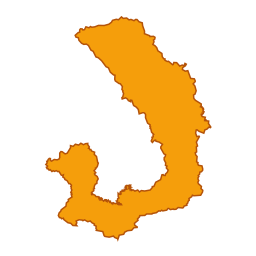 the district of Quibdó, Chocó, Colombia, rotated 269°
{"feature_id": "7082276B88455186246146", "entity_name": "Quibdó", "entity_type": "district", "adm_level": 2, "iso_a3": "COL", "parent_name": "Colombia", "parent_adm1": "Chocó", "projection": "mercator", "projection_center": [-76.757, 5.984], "detail": "fine", "context": "isolated", "style": "filled", "palette": "amber", "viewbox_px": 256, "rotation_deg": 269, "n_neighbors": 0, "source": "geoboundaries", "source_scale": "gbopen_adm2", "svg_char_len": 5711}
<svg xmlns="http://www.w3.org/2000/svg" viewBox="0 0 256 256"><g transform="rotate(269 128 128)"><path d="M113.1,85.3L112.1,83.2L113.6,80.6L111.8,78.4L112.7,75.1L110.6,72.9L111.4,70.2L109.3,70.2L103.9,66.8L103.2,64.7L105.4,61.8L105.6,60.5L104.1,59.3L99.6,59.2L98.1,58.4L97.4,56.6L97.8,53.7L96.2,51.0L96.9,49.9L98.8,49.9L99.0,48.8L97.9,47.6L96.1,47.0L96.1,46.2L94.5,46.5L92.9,45.2L91.5,46.9L90.7,46.8L90.2,45.7L88.6,46.5L88.7,47.3L87.2,48.4L87.7,49.5L85.8,51.2L86.6,52.5L85.9,53.7L86.6,55.6L85.6,57.0L85.8,58.2L82.1,60.4L81.7,61.4L82.2,62.5L80.1,62.0L78.9,63.7L77.6,64.0L76.4,66.2L73.3,68.0L73.4,69.0L71.8,70.5L70.4,69.8L70.1,70.3L68.3,70.1L67.0,70.8L64.6,69.7L64.1,70.5L63.0,70.0L62.7,70.8L61.6,70.3L60.0,70.8L57.6,67.0L55.9,67.2L54.2,65.1L50.9,64.6L47.4,59.8L46.0,59.3L44.4,57.7L41.7,56.8L39.6,57.9L39.5,59.1L38.4,60.0L38.9,61.8L37.5,62.3L34.3,66.3L33.7,69.1L31.5,71.2L31.2,75.2L32.6,74.2L34.0,75.2L35.9,74.5L37.1,77.5L36.7,80.7L36.1,81.3L36.9,82.9L35.0,86.2L35.7,88.6L33.9,90.3L32.6,92.7L31.4,92.5L30.4,94.5L28.1,94.2L27.0,94.9L26.2,94.5L24.9,101.0L20.8,102.2L20.0,103.0L19.2,107.3L20.2,111.6L18.8,112.7L17.5,115.7L16.8,115.9L21.0,117.4L21.8,121.8L23.9,122.9L25.3,125.7L25.7,129.9L28.2,132.2L28.4,135.4L28.9,135.5L30.7,133.0L32.6,132.8L35.5,136.4L36.9,135.9L39.0,138.0L40.2,138.2L40.3,143.3L41.7,145.1L41.6,150.5L42.1,150.8L42.8,154.9L44.6,157.3L44.3,158.9L45.2,160.3L44.5,161.3L45.2,165.3L46.8,166.5L46.8,167.5L45.7,168.9L46.2,172.0L45.8,172.4L45.9,174.6L47.6,176.7L47.1,181.1L47.4,181.9L49.0,182.8L49.7,185.5L50.9,185.2L51.5,186.2L53.7,186.9L54.7,188.0L56.4,187.7L58.2,190.5L59.7,191.2L59.1,192.6L59.5,199.5L62.7,201.4L64.4,201.7L66.1,199.9L68.3,200.4L71.1,197.4L72.6,196.9L74.2,197.8L75.6,197.1L77.3,197.2L78.2,198.0L79.3,197.4L80.6,198.8L82.6,199.0L83.0,200.7L84.4,201.9L85.8,202.0L88.8,201.3L89.5,197.8L90.9,197.1L92.2,197.4L93.0,196.0L98.3,196.6L99.8,195.3L102.1,194.8L102.9,196.2L107.9,196.0L108.8,197.2L112.7,196.1L118.1,199.2L118.6,198.9L118.2,196.7L121.7,195.5L124.9,196.2L125.0,197.0L123.4,199.0L121.5,203.7L124.9,204.9L125.4,206.8L127.5,209.0L126.9,210.3L127.5,210.8L131.1,208.5L133.5,208.8L134.0,205.4L134.4,205.8L134.6,205.1L135.1,205.6L135.5,204.9L137.4,205.5L138.1,202.5L139.1,201.7L139.8,202.2L140.4,201.6L140.8,202.9L141.6,202.7L141.3,203.5L142.9,204.3L143.6,203.1L145.1,203.9L146.3,203.7L145.9,203.0L147.8,202.4L147.6,201.6L148.2,201.6L148.2,200.9L149.3,201.6L150.8,201.6L154.5,195.9L156.5,194.3L159.9,194.1L160.7,195.6L164.0,196.8L168.8,195.6L171.0,193.9L173.2,196.0L174.0,196.0L176.0,195.2L176.5,191.5L184.3,188.8L183.8,186.3L185.5,183.4L187.4,183.7L189.2,186.5L190.8,187.4L191.6,186.1L189.3,185.1L190.0,183.3L189.0,180.8L192.5,177.8L192.7,175.0L190.7,174.3L190.5,173.7L194.0,169.6L193.8,168.4L195.1,166.1L196.4,166.2L196.6,164.9L198.7,163.5L201.9,163.2L204.7,159.2L207.9,158.1L209.9,156.3L211.1,154.3L213.7,155.5L215.5,155.0L216.4,156.3L218.2,156.6L219.2,155.1L219.1,151.5L219.9,151.3L222.0,146.1L224.6,146.2L230.0,144.4L232.9,144.1L234.0,140.9L236.3,138.9L236.4,137.5L235.2,135.9L236.5,132.9L236.1,130.9L238.0,128.6L237.7,125.1L239.2,123.4L236.4,120.4L236.9,118.2L235.9,114.4L234.0,113.3L232.1,110.7L230.9,106.0L231.1,100.3L229.7,96.5L229.4,93.5L230.1,92.3L228.9,90.7L229.9,87.7L227.1,86.2L226.8,84.6L227.9,83.9L228.0,82.2L226.9,81.4L224.7,81.4L224.3,79.9L221.6,76.8L219.8,77.5L219.1,79.9L216.5,80.5L213.6,83.0L212.4,85.2L212.6,87.9L211.2,89.9L206.5,92.3L205.3,94.5L199.6,97.2L198.8,99.5L195.6,102.9L189.7,107.1L188.5,109.5L184.1,111.3L181.3,114.5L181.0,115.9L177.0,115.6L175.3,116.1L172.5,120.0L172.4,121.1L169.5,123.1L166.6,122.6L165.3,123.6L164.4,123.4L162.5,124.2L159.2,123.3L158.4,122.4L157.1,122.7L158.2,126.1L156.9,128.0L155.4,128.8L154.3,131.0L155.8,131.0L155.6,132.3L150.4,134.0L148.7,136.7L146.4,138.6L141.9,139.4L143.0,142.8L143.0,144.2L142.2,145.2L141.1,145.8L138.0,145.7L132.5,147.7L130.7,150.2L129.1,149.9L128.6,150.6L127.4,150.0L126.7,150.8L123.4,151.5L121.2,153.6L120.6,152.9L118.8,153.1L118.3,151.8L117.4,152.2L114.6,151.0L113.1,152.1L115.2,154.2L115.4,155.4L114.3,155.7L113.4,158.8L111.1,162.2L108.6,160.5L107.3,160.4L101.5,163.5L100.7,165.1L98.7,164.7L97.8,163.7L95.5,163.6L92.5,165.1L89.9,164.8L89.3,166.3L87.4,165.6L85.2,167.4L83.0,166.5L81.2,164.6L79.9,164.4L80.0,162.8L80.8,162.3L80.6,161.1L75.8,159.7L73.3,154.8L69.2,152.9L69.0,151.3L68.2,151.4L65.6,149.1L64.7,143.6L65.2,140.2L63.9,138.4L65.8,136.6L64.8,133.8L66.0,132.1L65.5,130.5L66.5,130.6L66.8,130.0L66.0,129.1L67.4,128.7L67.4,127.9L68.1,128.7L67.7,129.2L68.6,129.1L68.8,130.0L69.4,129.0L70.8,129.7L70.9,128.3L69.4,127.8L70.4,127.6L70.6,125.4L69.8,124.4L68.5,126.0L68.8,124.8L68.2,124.0L68.0,125.0L66.9,125.7L66.4,123.6L65.3,123.5L64.9,122.1L65.1,121.7L66.0,122.4L65.9,121.0L64.7,120.8L64.6,119.4L63.4,119.7L63.2,119.0L62.2,119.9L61.7,119.3L62.0,117.9L62.9,117.0L59.5,117.0L58.2,117.7L57.4,116.4L55.5,116.2L55.2,115.1L53.6,116.7L53.6,117.9L52.7,118.1L52.3,119.7L51.4,120.2L51.5,117.7L52.1,117.8L51.8,117.0L52.5,116.7L52.1,116.1L53.1,115.1L52.5,113.9L53.5,112.0L52.4,111.5L53.2,111.0L52.8,110.3L54.3,109.3L54.1,108.6L55.1,108.9L55.0,107.9L56.2,107.1L55.6,106.7L55.9,105.7L55.0,105.7L55.9,104.8L56.6,105.1L56.7,104.3L55.7,104.4L56.5,103.4L55.3,102.4L56.6,101.1L56.6,99.2L57.4,99.5L57.9,100.8L58.6,100.1L58.3,98.9L59.0,98.4L57.7,97.9L59.9,97.0L60.0,94.8L61.4,93.8L62.2,92.1L62.0,90.5L62.6,90.3L63.1,91.2L64.2,90.4L65.9,92.7L67.6,92.4L68.0,93.4L69.1,93.0L71.1,93.6L72.5,94.4L73.1,95.9L75.4,96.0L77.6,97.3L80.0,96.4L81.8,94.1L82.9,93.7L83.8,95.0L85.9,93.3L87.6,94.9L88.5,94.8L88.6,95.6L90.2,96.7L93.5,97.7L94.1,97.1L100.1,96.0L102.2,93.8L104.4,94.2L105.6,91.2L107.1,90.5L107.0,89.5L108.3,89.0L108.4,88.2L109.8,89.0L112.2,87.4L113.3,87.5L113.1,85.3Z" fill="#f59e0b" stroke="#b45309" stroke-width="1.5"/></g></svg>